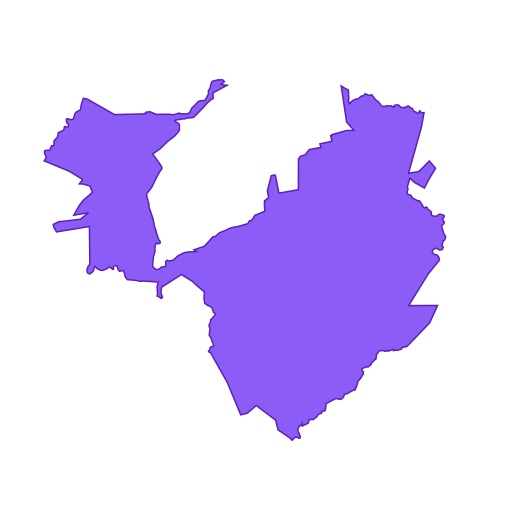 Angel Albino Corzo, Chiapas, Mexico (Albers equal-area conic projection), rotated 169°
{"feature_id": "50627088B21044766508397", "entity_name": "Angel Albino Corzo", "entity_type": "district", "adm_level": 2, "iso_a3": "MEX", "parent_name": "Mexico", "parent_adm1": "Chiapas", "projection": "albers", "projection_center": [-92.692, 15.759], "detail": "fine", "context": "isolated", "style": "filled", "palette": "violet", "viewbox_px": 512, "rotation_deg": 169, "n_neighbors": 0, "source": "geoboundaries", "source_scale": "gbopen_adm2", "svg_char_len": 6032}
<svg xmlns="http://www.w3.org/2000/svg" viewBox="0 0 512 512"><g transform="rotate(169 256 256)"><path d="M308.2,136.9L301.3,103.0L294.6,103.3L284.3,109.2L268.1,91.1L267.5,81.1L257.3,70.8L255.8,68.3L254.7,68.6L254.1,69.5L251.8,70.7L249.4,69.9L248.6,68.8L247.6,68.8L247.0,69.8L247.1,71.6L248.2,75.8L247.7,78.8L245.7,80.7L243.1,81.9L242.6,82.5L243.0,80.3L236.8,81.9L236.1,82.9L235.3,84.9L232.7,85.0L231.0,84.5L229.3,85.6L227.6,86.1L224.5,88.9L222.3,89.0L221.4,89.5L221.1,90.0L221.3,90.8L220.1,91.3L218.3,90.7L217.5,91.4L215.7,95.9L215.7,97.6L215.2,97.8L204.6,100.9L201.4,99.3L199.6,99.2L198.2,99.9L197.1,100.8L195.7,102.9L195.7,103.4L195.2,103.6L193.9,103.7L193.3,103.2L187.5,105.3L184.2,105.8L183.7,106.4L183.8,107.1L183.1,107.3L180.7,111.5L180.1,113.5L177.8,114.9L173.2,119.6L172.7,121.8L173.9,123.7L173.4,125.1L169.7,126.1L167.1,125.7L163.9,127.4L164.0,127.7L162.6,129.3L160.6,130.3L160.0,131.1L157.8,132.0L157.6,133.2L156.9,134.4L156.9,136.1L155.9,136.7L153.0,139.5L148.8,138.8L148.1,138.1L146.8,137.7L145.4,138.3L144.3,137.3L142.6,137.8L140.7,137.7L139.5,138.3L138.9,137.4L139.0,136.9L137.1,136.9L135.3,136.5L131.0,136.8L130.0,138.3L125.1,138.4L98.3,157.2L87.2,172.8L115.6,178.2L90.4,205.5L77.1,216.6L76.4,218.2L76.8,218.7L76.8,220.0L78.0,222.5L80.2,223.3L81.6,224.4L82.1,226.2L81.6,227.9L79.6,228.9L78.1,229.2L77.0,229.0L74.6,226.8L72.0,226.8L70.4,229.0L71.6,230.4L69.9,234.3L69.4,235.2L68.7,235.1L68.0,235.6L66.6,237.4L66.2,239.3L67.4,242.3L68.1,249.6L67.8,250.6L65.8,251.5L64.8,253.0L64.7,253.6L66.0,256.0L65.2,257.3L64.1,258.2L63.6,259.1L63.7,259.8L64.5,260.6L67.6,262.0L68.5,262.0L70.2,260.8L71.9,260.8L74.0,261.2L75.9,262.7L76.1,263.9L75.4,265.6L76.8,267.6L78.5,269.2L79.0,271.4L79.7,271.6L81.3,271.0L82.4,271.8L83.2,275.0L83.8,275.9L84.0,277.1L84.5,277.5L84.8,278.8L87.2,279.7L91.4,283.2L92.3,285.9L94.8,287.3L95.5,288.6L95.5,289.8L93.9,293.1L94.3,294.9L90.1,303.0L86.4,298.0L77.7,290.6L72.9,296.8L63.0,307.9L67.7,316.2L77.9,309.2L80.4,307.8L90.5,308.1L69.0,351.0L63.7,364.7L65.6,364.9L66.4,365.5L67.6,367.3L68.1,367.2L68.4,365.3L69.8,365.0L71.9,367.1L73.3,367.8L74.6,371.3L76.5,372.0L76.8,373.4L77.7,374.1L79.1,374.2L81.0,373.2L81.8,373.7L83.8,373.5L85.8,374.8L87.0,376.7L88.1,377.3L90.9,377.6L91.7,377.0L91.8,375.8L92.4,375.6L94.4,377.5L99.6,378.6L101.2,378.3L103.4,378.9L104.2,379.4L106.2,383.8L108.8,386.5L111.4,391.9L112.1,392.4L113.7,391.9L115.5,392.6L116.1,393.4L116.9,393.4L117.7,394.4L120.4,392.6L121.8,393.0L125.6,390.9L128.5,391.0L129.7,390.3L131.5,390.3L134.4,388.1L135.5,387.7L135.3,389.3L135.8,391.5L134.8,392.7L134.1,398.8L133.6,401.0L133.9,401.6L136.3,403.3L139.9,406.7L141.5,370.3L135.9,360.7L143.4,361.9L158.5,360.6L158.9,359.3L159.7,359.7L159.7,354.1L171.9,353.9L171.5,350.2L183.4,350.3L188.5,345.9L193.2,345.5L195.8,343.1L201.8,313.0L221.5,313.3L221.6,331.4L222.1,332.0L225.7,331.9L232.4,317.8L232.5,310.8L237.1,308.6L236.8,308.2L237.7,306.4L238.8,298.3L249.5,296.0L252.6,292.6L254.2,291.4L255.6,291.9L257.9,289.3L268.3,288.4L273.4,288.5L277.3,288.1L280.8,287.0L287.4,285.8L292.3,282.9L294.5,283.1L304.8,275.4L315.8,273.9L313.7,271.7L323.1,273.0L326.2,272.9L332.8,271.0L337.9,267.8L342.0,267.6L344.2,268.8L345.6,267.8L346.9,262.7L350.6,263.3L352.9,262.0L355.0,261.4L356.8,261.9L358.4,263.7L359.3,265.1L359.2,267.0L356.7,275.1L354.1,280.1L353.8,282.8L352.8,286.0L352.1,287.0L351.4,287.5L350.1,286.7L349.1,286.6L347.6,287.0L347.4,287.9L347.5,289.2L348.2,290.1L349.1,295.6L349.5,301.5L350.0,304.0L350.0,312.3L351.8,325.6L351.2,326.6L351.8,335.9L351.5,337.5L351.0,338.6L348.0,340.8L345.0,343.7L338.3,352.5L334.9,356.6L332.0,359.4L331.5,360.6L331.7,362.1L337.9,375.9L329.9,379.4L320.9,385.3L312.9,389.3L308.1,393.0L307.1,394.4L306.1,399.6L307.1,401.3L309.3,403.1L310.1,404.3L309.5,404.7L301.9,404.6L299.4,404.2L297.8,404.5L290.8,404.0L280.2,411.2L274.5,415.6L270.1,418.2L268.0,418.7L267.1,424.3L251.8,429.1L253.1,429.6L254.2,429.6L257.4,431.5L253.8,433.1L254.3,434.3L255.4,435.4L260.0,436.2L265.2,435.9L266.5,435.0L269.1,429.6L271.4,427.0L271.4,425.6L271.9,424.0L275.8,419.0L277.5,418.4L280.0,419.0L283.2,418.8L286.0,416.5L290.7,413.5L293.8,409.4L295.6,408.8L298.4,409.0L303.5,410.2L304.4,411.1L304.8,410.8L310.3,410.4L313.8,411.6L326.9,414.1L333.0,418.1L334.4,417.8L335.5,418.2L336.5,418.1L337.4,417.6L337.3,416.6L367.9,421.8L391.9,442.4L395.5,443.7L398.6,438.0L400.0,434.0L400.8,432.9L404.3,431.9L405.9,430.9L406.7,430.0L409.0,425.6L410.3,424.9L413.2,425.8L414.4,426.6L415.6,426.8L416.1,426.3L416.4,424.5L416.1,422.3L415.0,420.6L415.1,419.7L415.6,418.8L417.0,418.7L418.4,419.5L419.4,419.4L420.1,417.4L421.0,416.2L421.9,415.6L423.2,415.8L424.4,415.2L426.0,415.1L426.7,414.7L427.0,413.1L428.7,410.1L431.3,408.4L432.5,407.1L433.2,403.2L434.5,402.9L435.5,403.2L436.8,401.6L438.0,399.6L439.3,399.2L441.9,399.9L443.1,399.7L443.7,399.0L444.0,397.3L443.1,393.3L443.2,392.5L445.8,389.8L423.4,375.0L411.5,364.2L415.7,360.5L412.5,359.8L405.7,356.5L404.4,349.7L415.0,343.6L419.9,339.3L427.1,330.8L412.2,330.4L421.5,325.6L439.3,326.9L442.7,327.4L449.0,325.7L448.9,322.6L447.2,317.7L413.9,316.7L420.7,279.5L422.5,278.3L424.4,275.2L424.8,272.7L424.3,271.2L423.7,270.7L422.4,270.1L419.2,271.7L418.2,272.8L416.4,276.3L415.5,276.1L414.5,274.1L413.3,273.0L411.2,271.6L409.0,271.1L404.8,272.0L402.6,273.1L400.8,272.4L399.5,270.3L398.8,270.1L398.4,270.2L397.9,272.9L396.6,273.5L395.5,273.3L394.4,272.4L393.9,268.9L392.9,267.0L389.5,267.2L388.5,265.1L388.5,261.6L387.8,259.2L386.7,257.3L378.1,254.9L375.7,253.7L373.9,253.2L371.3,252.9L357.0,249.1L358.9,245.0L359.9,237.3L360.8,235.7L358.2,233.7L357.1,232.4L356.2,232.8L355.6,233.6L356.4,238.1L354.6,243.4L332.8,252.0L323.4,243.4L319.6,238.1L313.6,230.7L314.8,225.2L315.1,225.0L315.4,219.4L313.1,216.9L309.6,214.4L308.7,212.0L308.6,209.0L306.8,206.7L307.7,205.6L309.5,204.5L310.7,203.2L312.6,202.2L313.3,199.9L315.4,196.8L315.5,195.9L314.9,193.7L317.0,187.6L316.7,185.8L315.9,184.7L315.3,179.7L314.8,178.4L314.8,176.3L315.5,175.4L317.0,175.5L318.2,175.1L319.3,172.9L320.8,171.6L320.3,170.5L319.1,169.8L308.2,136.9Z" fill="#8b5cf6" stroke="#5b21b6" stroke-width="1.5"/></g></svg>